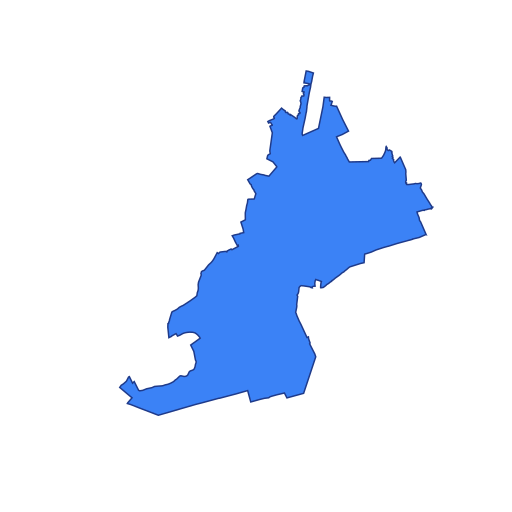 Ion Corvin, Constanta, Romania, rotated 244°
{"feature_id": "2599482B50527625942304", "entity_name": "Ion Corvin", "entity_type": "district", "adm_level": 2, "iso_a3": "ROU", "parent_name": "Romania", "parent_adm1": "Constanta", "projection": "albers", "projection_center": [27.813, 44.131], "detail": "fine", "context": "isolated", "style": "filled", "palette": "blue", "viewbox_px": 512, "rotation_deg": 244, "n_neighbors": 0, "source": "geoboundaries", "source_scale": "gbopen_adm2", "svg_char_len": 6066}
<svg xmlns="http://www.w3.org/2000/svg" viewBox="0 0 512 512"><g transform="rotate(244 256 256)"><path d="M139.2,265.5L142.2,265.9L153.6,265.7L153.9,266.3L154.2,266.5L158.6,267.0L160.3,267.6L160.4,266.1L174.7,266.4L178.8,266.3L184.7,266.6L186.7,266.9L187.9,266.9L191.8,269.9L193.2,270.8L194.2,271.2L194.6,271.3L201.5,275.8L202.6,275.7L203.1,276.0L203.6,277.1L204.2,277.8L205.1,278.6L208.8,280.9L209.4,282.1L209.6,283.5L208.2,285.8L204.9,290.6L204.2,291.3L203.5,291.6L202.8,292.6L203.6,292.7L203.7,293.8L203.5,294.6L203.0,295.9L204.0,296.2L205.8,296.9L208.0,298.5L208.7,299.5L208.0,300.0L206.7,301.5L204.4,303.6L203.7,302.9L202.4,302.0L200.4,300.8L199.2,300.2L198.9,300.4L198.7,301.5L198.3,302.3L198.3,303.0L198.6,304.6L198.9,306.0L199.3,306.9L199.5,309.2L200.2,312.1L200.0,312.8L200.6,313.3L200.7,315.0L201.4,317.6L202.2,322.5L203.2,326.4L203.2,327.9L203.7,329.4L204.1,331.5L204.9,334.3L205.1,335.5L203.5,346.3L203.5,346.5L202.6,350.2L209.9,354.4L210.1,354.8L209.7,356.3L209.0,361.3L208.8,366.7L207.7,374.5L207.0,378.3L206.7,379.6L205.4,388.3L202.4,404.1L202.6,404.2L201.1,410.8L200.9,416.0L200.8,418.2L200.7,418.3L214.6,418.9L216.3,418.6L219.0,419.4L222.9,419.6L225.0,420.0L224.1,425.4L223.7,426.7L223.4,426.9L223.2,427.3L223.5,427.7L223.0,429.5L222.6,431.7L222.3,432.6L222.2,434.0L221.5,434.0L221.4,434.3L222.4,436.3L223.1,435.5L223.4,435.7L224.5,435.6L226.0,435.3L227.1,435.3L232.0,434.7L238.4,434.2L240.6,433.6L242.9,433.8L244.6,433.5L245.0,433.5L245.4,433.8L247.7,436.0L248.9,436.2L249.3,436.1L249.5,435.8L249.7,434.3L250.2,432.9L250.7,431.9L251.3,431.1L251.5,429.8L253.3,424.6L253.7,423.7L254.3,422.7L255.7,423.3L256.0,422.6L257.0,423.0L257.8,423.6L258.0,424.1L258.2,424.3L264.4,426.7L265.7,427.5L267.9,428.4L281.1,429.0L281.7,428.9L279.0,421.5L280.1,421.3L281.5,421.4L282.3,422.0L283.1,421.8L283.5,421.5L284.0,421.4L284.3,421.7L284.5,422.1L284.7,422.4L285.7,422.1L285.9,422.6L286.4,422.9L286.9,422.8L288.0,423.1L289.3,423.2L289.6,423.7L290.3,423.9L290.7,423.8L292.8,422.4L292.8,421.1L294.8,420.3L295.5,421.2L297.3,421.0L297.1,420.7L294.2,418.9L292.7,417.4L290.6,414.8L289.1,412.2L288.9,411.6L293.0,402.6L291.9,400.8L292.4,399.4L291.5,398.6L299.6,381.1L303.4,380.8L304.2,380.9L306.9,380.7L307.4,380.8L310.7,380.4L316.2,380.3L319.4,380.3L327.8,380.6L327.8,381.4L327.4,386.8L327.7,393.9L340.8,393.7L355.3,394.1L355.4,393.6L356.8,391.6L358.6,389.5L361.5,392.3L362.2,391.7L363.0,390.3L363.5,390.3L366.3,391.7L367.7,388.6L368.8,386.9L360.7,381.5L343.3,368.1L343.9,350.8L344.8,350.8L346.1,351.3L347.2,352.1L350.6,354.4L358.1,360.4L362.6,363.7L363.5,364.5L367.4,367.0L368.4,367.5L379.3,375.4L383.8,379.0L386.5,380.8L388.3,382.4L392.8,385.7L395.3,387.8L398.9,384.2L400.3,382.2L392.0,375.9L391.6,376.0L391.2,375.8L391.1,375.7L391.2,375.4L390.6,375.0L388.1,378.6L387.1,379.6L386.4,378.9L386.6,377.6L386.4,377.0L387.7,374.2L387.7,373.8L387.4,373.5L386.6,373.0L386.7,372.0L386.3,371.5L383.7,369.6L382.5,371.1L381.8,370.7L381.9,370.2L381.4,369.9L380.6,369.7L380.2,369.9L379.8,369.8L378.9,369.1L378.9,368.9L379.7,367.4L378.9,366.5L378.8,365.9L378.6,365.7L377.7,365.3L376.5,364.3L376.4,364.0L375.7,363.7L375.1,363.8L373.1,363.2L371.0,361.3L370.1,360.9L368.6,359.1L368.1,358.8L367.9,358.4L367.1,358.1L365.3,358.4L365.1,358.2L364.9,357.7L365.3,356.8L365.2,356.5L364.2,356.0L364.1,355.0L363.9,354.7L363.2,354.2L361.4,353.2L361.4,352.7L362.1,352.2L363.6,351.6L368.0,349.0L367.6,348.5L369.2,347.9L369.5,347.3L369.7,347.2L370.7,347.4L371.0,347.4L371.4,347.0L371.6,346.9L371.7,345.9L371.9,345.7L372.9,345.6L373.6,345.9L375.8,344.6L377.7,343.8L374.8,336.4L373.9,333.7L373.6,333.1L373.1,332.8L372.0,333.0L371.6,332.7L371.5,331.9L371.8,327.4L371.7,325.6L370.0,325.6L369.8,327.5L368.9,327.8L367.7,327.8L366.7,328.1L366.4,327.9L366.4,327.7L366.6,325.6L366.5,325.4L359.6,324.7L344.9,314.8L343.9,314.3L341.8,313.7L341.6,313.3L341.6,312.0L341.5,311.2L341.2,310.6L340.8,310.2L338.6,308.4L333.2,312.5L327.4,313.8L327.1,313.8L326.9,313.7L322.1,302.6L324.8,299.1L325.3,298.8L327.3,296.0L329.4,293.7L329.6,293.2L329.6,292.2L328.2,282.0L323.4,282.3L322.2,283.0L321.5,282.7L320.2,282.6L317.8,282.7L316.5,283.1L315.4,282.9L312.1,283.2L308.1,279.5L308.1,279.1L310.3,274.3L310.4,273.5L310.3,273.4L307.4,271.5L305.4,269.7L302.2,267.4L299.8,265.5L298.9,265.0L293.4,262.4L293.2,262.1L293.1,257.3L285.7,256.2L282.4,255.2L283.3,251.7L283.0,251.6L283.0,251.1L284.4,245.6L284.5,244.5L284.6,243.5L282.1,243.7L277.9,243.6L273.6,243.8L273.5,244.8L272.4,244.4L272.2,237.1L273.2,236.7L273.2,235.1L273.3,234.8L273.1,232.7L273.2,232.4L272.5,231.7L272.7,231.3L273.1,231.1L273.6,230.4L275.3,225.4L274.7,223.3L276.0,222.6L271.9,216.9L270.7,214.9L269.8,212.9L268.8,209.5L265.8,203.3L266.0,201.8L265.9,200.2L264.2,198.7L263.5,198.7L262.6,198.2L257.7,192.9L255.7,191.5L252.4,190.1L250.6,189.0L248.7,187.1L246.2,185.4L245.6,183.3L244.5,176.7L243.6,169.5L243.5,168.7L243.6,167.3L243.5,164.6L242.8,162.2L242.6,159.0L242.7,157.3L242.5,155.8L236.8,150.5L236.3,150.1L235.7,149.8L234.6,148.4L233.7,147.8L233.8,147.2L230.6,145.5L220.8,141.9L220.8,144.8L221.1,145.4L221.3,150.1L218.4,150.4L218.2,152.7L218.4,156.3L218.2,158.1L217.8,159.7L217.4,161.0L216.6,163.1L215.1,165.8L213.7,167.4L212.2,168.3L210.6,169.0L208.1,169.7L206.6,169.8L204.6,158.3L197.5,158.3L189.1,156.0L187.5,156.0L186.3,155.3L185.5,154.5L185.3,154.2L183.2,152.7L181.9,151.3L181.3,150.4L181.2,149.0L181.5,146.5L181.2,145.3L178.9,142.4L178.6,140.9L178.7,140.1L179.2,138.6L180.8,136.6L181.3,135.9L181.5,135.1L181.3,134.2L180.1,130.6L180.0,129.2L179.4,127.5L179.2,126.3L179.1,123.3L179.3,120.7L180.0,117.7L180.2,115.7L180.6,114.3L181.7,111.6L183.2,107.7L183.3,104.7L184.6,99.5L184.9,95.3L185.8,92.4L186.8,91.6L187.4,91.6L196.5,91.5L195.8,89.3L203.1,89.3L203.1,88.6L203.0,88.3L200.6,85.1L200.2,84.4L199.2,80.8L198.9,78.2L197.6,75.9L182.9,82.4L180.3,76.4L179.8,75.7L177.5,78.2L169.3,85.7L155.7,98.4L149.0,137.0L147.8,142.7L144.5,159.9L144.1,161.1L140.8,177.7L138.7,189.5L127.1,187.3L125.4,196.6L124.4,201.2L123.0,205.3L123.3,206.8L123.1,208.6L122.1,214.0L120.4,221.5L114.9,221.6L111.7,238.6L139.2,265.5Z" fill="#3b82f6" stroke="#1e3a8a" stroke-width="1.5"/></g></svg>